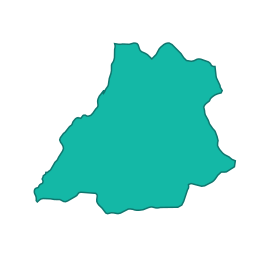 the Province of Benguela, rotated 352°
{"feature_id": "AGO-1887", "entity_name": "Benguela", "entity_type": "Province", "adm_level": 1, "iso_a3": "AGO", "parent_name": "Angola", "parent_adm1": "", "projection": "mercator", "projection_center": [13.731, -12.811], "detail": "fine", "context": "isolated", "style": "filled", "palette": "teal", "viewbox_px": 256, "rotation_deg": 352, "n_neighbors": 0, "source": "natural_earth", "source_scale": "10m", "svg_char_len": 2850}
<svg xmlns="http://www.w3.org/2000/svg" viewBox="0 0 256 256"><g transform="rotate(352 128 128)"><path d="M27.9,188.6L27.1,187.3L27.0,186.8L27.1,186.4L27.3,186.1L27.4,183.6L27.2,182.4L26.4,179.8L26.3,178.5L26.5,177.2L27.0,176.0L27.8,175.1L29.0,174.7L30.6,174.5L31.2,174.0L31.6,173.2L32.7,172.0L34.0,171.3L35.0,171.1L35.8,170.6L36.4,169.2L36.5,168.4L36.3,167.8L36.1,167.3L35.9,166.7L36.1,166.1L36.8,165.3L37.0,164.8L37.5,163.5L39.8,162.3L40.3,161.4L40.5,160.5L40.9,160.5L41.5,160.8L41.9,160.9L43.3,159.9L44.8,159.2L45.7,158.5L50.9,151.8L53.1,150.2L53.9,149.3L55.3,147.2L60.1,141.6L61.2,139.4L61.2,137.3L60.5,135.1L59.3,132.8L58.7,130.3L59.7,128.2L63.3,124.5L65.2,123.4L70.3,118.5L72.3,117.4L73.0,116.8L74.3,114.4L74.8,113.8L77.1,111.7L78.4,111.0L79.9,110.8L80.0,111.1L81.7,111.4L82.6,111.9L85.1,109.4L86.1,109.1L87.5,109.3L88.8,110.4L90.1,110.8L92.9,110.3L95.2,108.5L98.7,104.7L100.4,103.4L101.2,102.4L101.5,101.1L101.6,97.8L101.9,96.3L102.5,94.9L104.0,92.5L109.0,87.7L109.5,87.7L109.5,88.2L108.7,88.5L108.1,89.1L108.0,89.7L108.4,90.5L109.6,89.3L111.2,86.7L113.8,83.9L114.5,82.7L116.4,76.3L118.7,71.6L119.6,69.0L120.4,63.4L121.0,62.2L122.1,61.0L123.1,59.6L123.8,58.1L124.4,56.4L125.7,48.4L126.5,46.0L126.7,44.4L126.5,42.6L130.4,43.8L132.5,44.1L134.4,44.1L140.9,45.3L145.5,44.7L147.1,45.0L148.7,45.7L149.6,47.2L150.3,51.1L150.8,52.8L152.0,54.3L155.5,56.5L157.5,58.1L161.2,62.9L166.1,59.2L169.9,54.0L171.5,52.6L175.2,50.3L177.1,49.6L179.1,49.4L180.6,49.6L183.2,51.5L190.8,61.7L192.9,66.1L195.3,69.3L200.0,70.8L202.6,70.6L206.0,69.5L207.8,69.5L209.7,70.0L216.8,73.7L218.1,75.0L218.9,76.5L219.3,77.8L221.1,79.0L222.7,79.2L222.4,89.2L222.6,90.9L225.0,98.7L225.0,100.5L226.5,104.1L225.1,106.2L221.7,106.6L219.0,107.3L217.2,108.1L215.3,109.2L213.7,110.4L212.4,112.5L208.6,114.7L207.1,116.0L205.9,117.7L206.2,121.4L206.1,123.5L206.3,125.7L208.5,131.5L209.3,135.4L211.8,140.3L213.5,142.8L213.9,143.9L215.0,148.9L215.4,153.1L214.8,154.7L214.5,156.1L214.2,158.0L214.8,159.9L215.6,161.9L218.1,165.9L219.9,167.8L224.0,170.7L226.5,173.5L229.7,175.4L228.0,181.2L219.4,185.1L217.7,185.1L214.2,184.6L210.3,187.3L207.3,190.6L205.4,192.2L203.6,193.2L195.9,195.9L192.8,195.9L186.5,193.3L183.5,192.0L182.4,191.8L180.0,192.4L179.9,194.5L179.5,195.9L178.3,197.5L172.9,208.4L170.5,211.8L166.4,213.4L149.2,211.2L146.4,211.3L144.5,211.0L140.7,209.5L139.4,209.4L137.5,209.6L131.6,211.0L127.9,211.0L125.4,210.7L123.3,210.1L121.5,209.2L119.0,208.5L117.0,208.3L108.7,211.2L106.2,211.4L105.0,211.1L102.1,210.1L99.7,209.6L95.9,210.0L94.3,209.2L93.4,207.7L91.3,203.9L88.4,200.2L87.4,198.3L86.9,196.5L87.1,194.6L88.1,191.0L88.0,189.6L86.9,188.2L72.3,185.0L70.3,185.3L69.1,186.4L67.9,187.7L66.5,188.4L58.1,191.8L55.9,192.3L54.0,191.8L50.7,189.4L45.1,188.5L41.3,187.3L34.1,186.0L31.9,186.2L30.4,186.9L27.9,188.6L27.9,188.6Z" fill="#14b8a6" stroke="#0f766e" stroke-width="1.5"/></g></svg>